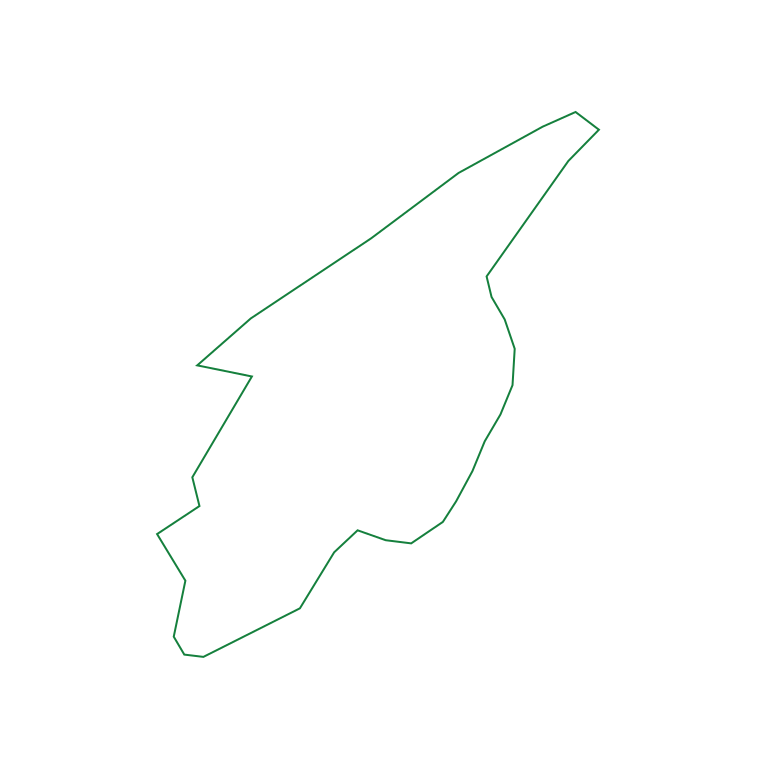 the border of Thurrock, rotated 317°
{"feature_id": "GBR-2676", "entity_name": "Thurrock", "entity_type": "Unitary Authority", "adm_level": 1, "iso_a3": "GBR", "parent_name": "United Kingdom", "parent_adm1": "", "projection": "equal_earth", "projection_center": [0.371, 51.502], "detail": "fine", "context": "isolated", "style": "outline", "palette": "green", "viewbox_px": 768, "rotation_deg": 317, "n_neighbors": 0, "source": "natural_earth", "source_scale": "10m", "svg_char_len": 558}
<svg xmlns="http://www.w3.org/2000/svg" viewBox="0 0 768 768"><g transform="rotate(317 384 384)"><path d="M714.6,344.6L671.0,346.6L532.4,375.3L522.0,393.7L516.3,419.1L503.6,447.4L477.2,472.5L448.4,485.7L418.6,494.6L389.3,508.0L356.7,519.0L333.0,525.0L295.2,519.1L278.7,499.4L264.9,473.0L232.8,473.1L169.5,490.7L65.8,460.4L53.4,445.7L57.9,425.4L69.5,417.2L104.6,392.4L115.7,339.0L165.8,347.4L180.2,321.5L292.5,288.4L260.1,243.0L331.4,245.2L474.0,268.7L582.5,280.5L675.5,304.0L709.6,315.7L714.6,344.6Z" fill="none" stroke="#15803d" stroke-width="2"/></g></svg>